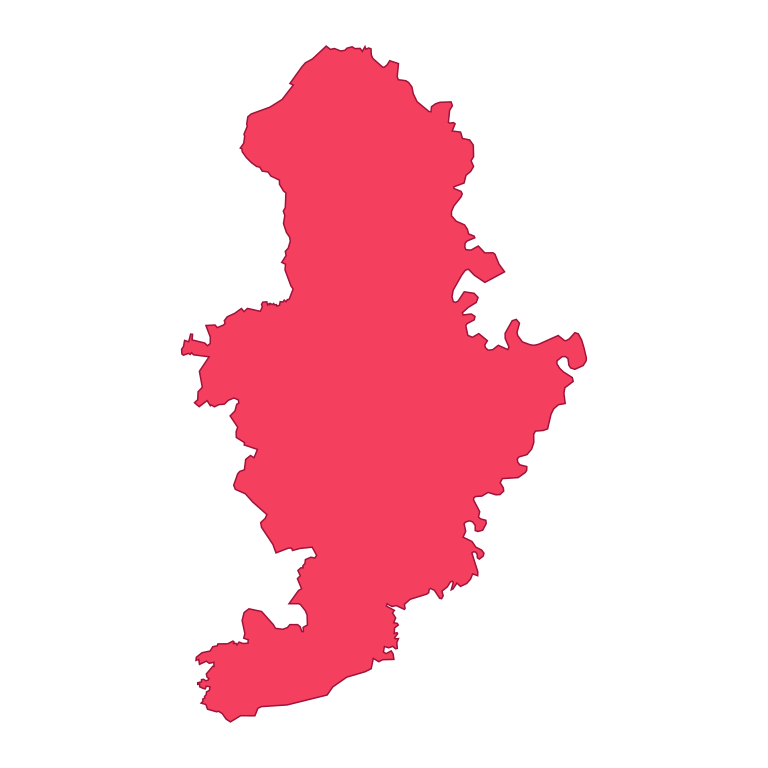 Nong Cong, Thanh Hóa, Vietnam (orthographic projection)
{"feature_id": "81297802B57234015442712", "entity_name": "Nong Cong", "entity_type": "district", "adm_level": 2, "iso_a3": "VNM", "parent_name": "Vietnam", "parent_adm1": "Thanh Hóa", "projection": "orthographic", "projection_center": [105.661, 19.616], "detail": "fine", "context": "isolated", "style": "filled", "palette": "rose", "viewbox_px": 768, "rotation_deg": 0, "n_neighbors": 0, "source": "geoboundaries", "source_scale": "gbopen_adm2", "svg_char_len": 6086}
<svg xmlns="http://www.w3.org/2000/svg" viewBox="0 0 768 768"><path d="M397.2,76.6L398.5,63.6L389.7,60.7L387.2,64.8L384.2,67.3L382.6,67.1L372.8,58.4L371.3,54.8L371.0,48.8L368.7,48.0L365.8,49.2L365.0,46.6L362.3,51.4L360.2,48.4L355.0,48.6L352.1,46.8L346.9,48.2L345.0,50.3L340.7,51.0L334.4,48.5L330.4,49.4L326.2,46.1L312.5,58.9L305.4,62.8L301.9,66.8L289.9,83.5L293.3,85.0L282.1,99.5L270.0,107.1L251.1,114.0L247.8,116.9L246.7,124.2L247.3,126.1L244.0,134.2L244.7,136.3L243.7,143.3L240.3,148.1L241.8,148.7L242.3,151.9L246.4,157.6L251.6,162.8L256.6,166.5L259.7,167.1L262.2,171.1L268.1,172.0L270.9,176.1L279.4,180.1L279.5,184.3L283.6,191.1L285.9,192.8L285.3,207.5L283.3,211.2L284.8,215.4L283.5,223.6L286.4,232.4L289.6,237.1L290.3,241.1L288.2,248.2L285.3,251.4L286.1,255.5L281.7,262.4L285.5,264.2L285.0,269.9L290.9,285.8L293.1,289.0L289.1,299.4L287.4,299.6L286.0,301.7L284.2,300.1L282.9,302.0L280.2,301.7L279.5,305.2L276.9,306.1L276.4,304.6L274.4,304.9L273.7,303.5L272.4,304.5L270.1,303.4L269.7,304.6L268.8,303.8L267.6,305.0L266.8,301.8L262.8,302.1L261.5,304.5L262.3,306.9L260.3,311.3L247.5,308.4L244.0,311.6L241.4,308.5L234.6,313.4L227.2,316.8L224.3,320.7L225.1,323.4L223.5,325.0L217.3,327.6L215.0,325.0L205.9,325.5L210.3,337.0L210.2,343.6L207.5,345.7L204.7,343.0L192.1,339.9L192.6,334.3L190.6,334.1L188.7,341.7L184.6,340.4L183.5,346.5L181.6,349.3L181.9,354.0L183.4,355.2L188.5,353.4L190.2,354.5L191.6,352.7L193.5,354.8L209.1,356.8L199.4,371.3L202.3,387.3L198.1,391.7L197.7,399.7L194.5,402.7L195.4,403.5L199.2,406.7L207.1,400.6L210.3,405.7L211.0,404.9L214.5,406.8L218.7,404.7L224.4,404.1L228.3,400.3L234.0,398.0L238.3,399.9L238.8,403.1L236.7,404.3L235.0,410.9L230.1,415.9L237.7,427.2L236.1,431.8L236.3,437.5L244.5,442.6L244.2,445.0L257.4,449.4L254.1,457.7L250.5,455.5L245.7,459.4L244.4,469.8L239.8,471.4L237.7,473.8L233.7,485.2L235.3,489.3L245.4,493.8L252.9,502.2L266.9,514.6L265.2,518.4L260.7,522.6L261.5,527.3L272.9,544.4L276.0,552.9L288.8,548.0L291.6,548.2L292.5,550.5L300.2,548.4L312.2,547.2L316.6,555.3L314.9,558.0L310.9,557.2L305.4,559.6L304.9,563.5L302.8,565.9L303.1,567.8L300.9,567.8L297.9,570.5L300.3,575.8L297.4,578.7L301.6,588.8L298.5,590.5L289.0,603.7L298.7,603.7L300.5,604.6L305.4,610.8L307.1,615.1L307.4,625.0L303.1,627.4L303.4,631.6L301.9,631.6L300.1,626.7L297.6,624.6L289.9,624.6L287.4,627.6L282.7,629.3L275.4,628.3L273.3,624.6L261.6,611.5L249.0,608.8L244.1,612.5L242.1,620.5L244.9,633.6L243.7,638.2L248.2,639.8L248.0,643.2L242.9,643.5L239.1,642.1L236.9,645.0L236.0,643.3L233.5,643.5L234.0,641.9L232.9,641.1L227.6,643.8L217.9,643.9L217.3,645.8L212.8,646.7L210.1,651.0L202.0,652.7L196.3,657.3L196.0,660.4L198.7,659.4L199.5,664.4L206.3,661.2L209.3,663.3L213.9,662.3L214.0,666.4L212.9,666.2L206.3,674.0L207.2,677.4L209.0,678.5L208.2,680.0L205.8,680.8L203.6,679.3L201.5,679.6L201.4,681.9L197.7,682.7L197.7,684.4L199.6,684.1L199.7,686.8L203.1,688.4L205.3,688.9L206.3,686.2L209.9,686.7L209.4,690.3L206.5,691.9L206.2,694.7L204.5,696.5L204.8,698.2L202.7,699.1L203.0,701.3L201.1,703.1L205.9,704.5L207.5,709.2L216.6,711.8L218.6,711.3L222.3,713.6L226.1,719.1L230.4,721.9L240.6,715.7L254.9,715.8L257.9,708.3L261.5,706.6L287.2,704.9L327.1,695.0L332.8,686.9L346.7,677.2L365.2,671.7L371.2,668.7L373.3,658.4L378.8,661.7L382.7,659.7L393.9,659.4L393.1,654.0L391.2,650.9L386.2,653.6L383.4,652.1L384.4,646.5L388.7,647.8L392.8,646.4L395.6,648.8L397.3,648.4L396.8,642.5L398.5,638.6L395.4,638.8L394.6,637.8L397.6,633.8L397.0,632.7L394.2,633.4L394.6,627.9L398.3,625.0L397.3,623.4L393.6,622.7L395.7,618.0L392.5,612.9L394.4,610.4L386.4,606.1L387.1,603.8L391.9,606.5L396.3,605.6L404.3,609.4L405.1,608.5L404.4,604.4L410.1,599.3L426.8,594.1L428.7,592.7L429.2,589.3L430.6,588.5L434.4,590.3L439.7,598.3L441.6,598.7L443.2,595.8L442.0,591.1L447.4,586.8L450.5,581.8L452.4,581.3L453.2,582.8L451.2,589.8L452.9,589.0L456.9,583.1L460.5,586.4L466.7,583.5L470.5,579.2L472.6,573.9L477.7,575.7L477.8,571.8L471.9,553.1L473.3,551.8L475.5,552.0L477.1,554.1L477.4,557.8L479.3,559.1L483.1,556.2L484.0,553.3L481.7,550.1L475.8,547.1L472.0,541.5L463.1,537.2L465.7,531.2L464.1,523.8L465.5,522.1L469.4,520.8L472.7,521.9L475.2,525.4L475.2,530.5L477.8,531.5L482.7,530.2L486.2,523.6L485.9,520.3L480.6,518.9L478.5,517.0L479.7,511.7L473.6,500.0L473.8,497.8L475.6,496.5L481.9,496.1L488.0,492.4L495.9,494.8L499.9,494.6L503.7,491.1L503.3,487.8L500.2,482.7L502.3,478.6L518.1,477.6L525.3,472.5L526.7,470.3L526.8,466.6L519.8,464.8L517.7,462.1L517.3,458.8L519.0,456.9L527.0,454.6L531.6,449.1L533.8,442.5L533.7,434.3L535.4,431.1L543.1,430.5L547.6,428.9L551.0,414.3L553.7,408.8L558.5,404.7L565.2,403.5L563.9,393.3L564.9,387.7L573.2,381.4L572.3,377.6L563.4,371.9L559.6,368.2L556.8,363.6L557.1,360.7L562.1,356.7L565.6,356.6L568.0,358.7L568.9,365.3L570.6,367.9L574.9,369.3L583.1,365.6L586.1,360.9L586.4,358.2L584.0,347.9L581.7,340.1L578.3,333.8L574.9,332.7L569.3,338.9L566.1,340.7L564.4,340.5L558.2,335.5L538.8,344.2L534.2,345.3L530.3,344.8L522.4,341.9L517.7,335.6L517.0,332.3L519.5,323.2L516.3,319.4L512.2,320.7L505.1,333.3L505.2,338.5L508.9,347.0L507.8,349.6L498.3,345.3L492.7,349.7L488.2,350.2L485.6,347.9L484.7,345.1L487.4,340.7L478.8,333.6L472.4,337.3L467.8,335.3L465.8,325.6L467.1,323.6L474.3,319.8L475.0,316.4L471.3,314.0L463.1,314.9L462.4,312.7L468.4,307.3L476.2,302.5L478.1,297.5L474.1,293.3L464.2,291.8L458.1,301.1L455.5,302.4L453.2,301.5L452.0,296.6L453.2,290.1L461.9,274.8L465.3,270.3L468.4,269.2L474.4,275.3L484.9,282.4L504.6,271.8L499.0,264.2L495.0,254.3L493.1,252.8L484.8,252.9L478.3,246.0L471.0,250.1L465.9,249.7L464.8,247.0L465.1,243.3L466.9,241.1L474.8,237.8L474.1,236.1L468.6,233.9L467.4,229.3L464.5,224.9L456.1,221.1L451.5,215.8L451.5,211.4L453.9,205.9L461.2,196.7L462.2,193.7L461.0,191.4L454.0,188.5L453.8,186.8L464.1,183.0L466.0,175.3L470.6,171.5L473.6,166.5L471.1,160.7L473.6,156.6L473.3,145.1L469.6,139.9L462.5,138.5L460.6,132.1L452.2,131.0L455.1,123.8L453.5,122.6L449.7,123.2L448.4,122.3L449.6,110.4L452.4,105.7L451.1,101.9L439.9,102.3L435.5,103.8L431.5,106.7L431.0,111.7L428.9,111.5L417.0,101.6L413.3,93.8L411.9,86.9L408.6,82.5L405.8,80.7L398.3,79.7L397.2,76.6Z" fill="#f43f5e" stroke="#9f1239" stroke-width="1.5"/></svg>